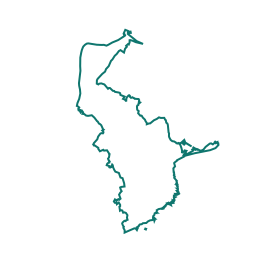 Tramore-Waterford City West Lea-6, Waterford, Ireland (Mercator projection), rotated 324°
{"feature_id": "5873133B15646893795596", "entity_name": "Tramore-Waterford City West Lea-6", "entity_type": "district", "adm_level": 2, "iso_a3": "IRL", "parent_name": "Ireland", "parent_adm1": "Waterford", "projection": "mercator", "projection_center": [-7.169, 52.204], "detail": "fine", "context": "isolated", "style": "outline", "palette": "teal", "viewbox_px": 256, "rotation_deg": 324, "n_neighbors": 0, "source": "geoboundaries", "source_scale": "gbopen_adm2", "svg_char_len": 5944}
<svg xmlns="http://www.w3.org/2000/svg" viewBox="0 0 256 256"><g transform="rotate(324 128 128)"><path d="M177.7,60.9L179.6,59.7L180.9,57.9L181.5,58.2L183.0,60.1L184.8,63.2L189.6,68.8L186.1,62.8L183.2,51.9L184.0,51.6L186.2,52.7L186.7,51.5L184.4,50.4L185.2,49.7L183.5,47.0L179.9,49.1L179.7,49.8L180.3,50.1L180.1,51.4L179.8,51.5L171.8,51.1L165.6,49.6L161.0,49.1L159.0,48.7L157.3,46.5L155.6,45.4L151.7,42.3L145.6,36.2L144.2,35.5L142.1,35.4L139.8,35.8L138.8,36.3L136.5,37.8L134.6,39.4L130.8,43.0L125.7,49.8L123.1,53.8L114.7,62.9L113.3,65.2L111.8,68.6L109.7,72.1L105.7,75.7L101.8,78.1L99.6,80.1L100.1,80.9L100.6,82.7L99.0,83.3L98.4,84.7L98.6,85.0L99.7,85.0L100.3,85.8L100.4,86.4L100.0,86.9L98.9,86.8L98.8,87.6L100.9,87.1L100.9,89.0L99.5,89.8L100.8,91.0L101.4,93.3L102.8,94.7L106.2,96.4L106.9,99.8L107.0,104.3L107.3,105.0L107.1,107.3L107.7,108.5L108.0,110.0L107.1,114.2L107.3,115.0L105.7,114.9L105.9,116.3L105.4,117.3L104.6,117.6L103.4,116.5L102.3,116.3L98.8,117.4L96.5,119.1L91.8,120.1L90.9,120.5L90.5,121.4L90.2,121.3L90.2,122.2L90.8,122.5L92.3,126.6L91.7,127.4L91.6,130.3L95.2,131.1L95.3,132.2L97.9,133.7L97.7,137.3L97.4,137.9L97.7,138.3L95.3,140.6L93.8,141.1L93.4,142.7L93.6,143.2L93.1,143.9L93.4,144.4L92.6,145.0L91.7,144.6L90.2,144.7L88.9,145.6L90.4,147.7L90.0,148.4L90.7,148.6L90.4,149.5L91.5,149.8L93.7,148.3L93.8,149.1L92.8,151.2L92.3,153.7L92.1,155.9L94.2,159.0L92.8,163.6L94.1,165.4L92.4,170.4L90.8,173.3L87.9,171.7L86.7,171.5L85.9,173.6L85.7,175.4L83.6,175.8L81.6,176.7L80.4,180.8L78.6,180.9L78.5,180.0L77.7,179.8L76.3,180.1L76.4,179.4L75.7,179.0L75.5,178.1L73.4,179.1L73.4,180.2L73.7,180.1L74.0,181.2L74.9,181.4L74.2,183.1L76.7,182.9L76.5,185.5L75.7,186.6L74.8,186.6L72.9,190.2L74.0,190.3L74.9,191.4L74.3,193.7L75.5,194.1L76.4,195.5L76.3,198.2L74.4,200.0L73.7,202.0L72.3,201.6L71.4,201.9L71.0,201.2L70.1,201.0L68.0,201.3L67.1,201.9L66.5,204.2L66.6,205.5L65.6,206.0L65.2,208.8L63.8,210.6L74.1,212.9L75.1,213.7L75.2,215.8L76.3,215.1L76.7,213.9L77.2,214.2L77.3,213.6L78.9,213.8L79.3,213.3L81.0,213.0L82.5,213.9L84.1,213.8L87.0,215.6L89.3,215.3L91.6,215.7L93.6,216.8L94.8,217.1L95.2,215.6L96.6,214.1L98.3,213.8L99.4,212.7L100.4,212.8L101.1,213.6L101.6,213.1L101.8,213.3L101.7,212.7L102.9,211.8L103.0,211.4L105.1,211.6L107.9,212.9L107.9,213.5L108.2,213.7L107.9,214.3L109.1,213.0L109.6,213.3L109.2,213.8L109.5,214.1L110.2,213.7L110.1,213.0L110.9,212.8L111.8,213.2L112.0,214.2L112.4,212.7L113.4,212.5L113.8,212.7L114.3,212.4L114.4,213.3L114.7,212.5L115.3,212.4L115.3,211.8L116.4,212.2L116.2,213.0L116.7,213.0L116.5,213.5L116.9,213.7L116.5,213.9L116.7,214.6L116.9,213.5L117.7,214.4L117.8,213.7L118.1,214.2L119.0,213.3L119.5,213.3L119.2,214.3L119.6,214.7L120.6,214.2L120.9,213.2L121.2,213.2L121.5,212.6L122.7,213.1L122.5,214.1L123.3,213.7L123.6,212.4L124.1,211.6L124.1,210.9L124.3,211.6L125.1,211.7L124.7,211.2L125.0,210.9L124.6,210.7L125.3,209.8L125.7,210.4L126.1,210.4L127.1,209.5L127.3,208.9L128.2,209.6L128.2,210.3L128.9,210.0L128.6,210.6L129.1,210.4L129.3,209.7L129.4,210.2L129.7,209.9L129.5,210.4L130.1,211.2L130.4,211.2L130.2,210.7L130.8,210.9L131.0,210.0L130.7,208.8L131.3,209.0L131.4,208.6L130.9,207.4L131.7,207.6L132.5,206.8L132.3,206.1L132.7,206.4L133.3,205.3L133.6,203.5L134.2,203.8L134.3,203.2L134.2,203.4L133.9,202.7L134.1,202.5L134.3,202.8L134.5,202.4L134.4,202.9L134.9,202.6L135.0,201.9L134.3,201.5L134.6,201.4L134.8,201.6L134.8,201.1L135.5,200.9L135.9,199.4L136.0,199.9L136.1,199.4L136.4,199.4L136.1,195.7L136.6,195.4L136.7,195.7L136.6,195.1L137.2,195.0L137.2,193.5L137.8,193.3L137.7,192.8L138.3,192.4L139.3,190.5L140.2,190.5L139.2,190.3L139.6,189.7L140.1,190.2L139.5,189.7L141.0,187.3L143.5,186.7L144.7,183.5L145.4,183.3L148.6,183.2L148.8,182.9L156.9,184.1L157.4,183.8L167.1,187.6L181.4,194.2L187.0,195.7L191.2,194.9L192.1,193.3L191.7,192.7L192.2,191.9L191.4,191.7L191.1,192.4L190.5,190.3L190.0,190.4L189.8,191.0L190.2,191.3L189.8,191.6L189.4,190.9L187.0,191.1L186.2,189.3L185.0,188.7L179.7,188.9L176.4,189.8L173.6,189.3L172.4,187.4L171.6,185.4L171.7,186.5L171.3,186.4L171.0,185.1L170.3,184.1L169.1,181.3L170.7,185.6L170.1,184.6L169.6,186.2L169.9,184.3L168.0,183.2L167.4,183.2L167.6,184.3L168.2,184.3L167.6,184.5L167.8,185.2L167.7,184.8L167.3,184.7L159.5,183.7L157.3,182.5L158.5,181.9L160.3,182.0L160.9,181.1L161.8,180.8L160.6,179.4L159.4,179.9L157.6,179.7L156.9,180.0L158.4,178.2L159.5,175.5L160.4,172.4L160.2,171.2L163.3,171.4L164.5,172.4L165.4,172.1L163.3,172.9L163.4,174.0L163.8,174.5L165.8,173.8L168.6,180.3L165.8,173.4L166.5,170.7L162.4,171.2L160.9,170.8L159.9,169.6L159.0,169.7L158.2,168.8L158.2,167.8L157.4,166.0L156.1,164.7L155.5,162.7L155.9,159.8L156.4,158.6L158.1,156.4L158.2,155.5L162.0,149.0L162.5,147.5L162.1,146.2L163.2,143.9L162.9,143.3L163.3,141.1L160.5,139.2L159.3,137.6L156.6,137.6L153.6,137.0L148.6,137.3L147.8,136.7L145.4,136.0L146.2,134.9L146.2,132.9L146.6,131.2L146.1,128.2L146.3,126.2L146.0,125.7L145.2,125.3L144.9,122.0L146.6,120.6L146.2,119.1L146.3,118.4L147.8,116.0L148.7,115.3L149.8,115.5L150.9,114.4L151.7,114.7L152.9,114.5L152.2,113.2L153.4,112.1L153.6,110.8L150.6,108.3L150.7,107.7L150.1,107.1L149.7,105.8L148.2,105.4L147.9,103.9L148.4,103.4L148.3,102.3L147.7,102.0L145.1,102.5L143.8,103.4L142.6,104.9L142.2,104.7L142.1,103.1L141.1,101.5L143.7,100.6L141.3,96.8L142.1,95.2L141.5,94.0L138.7,91.1L138.6,89.9L137.6,89.0L136.9,85.1L136.1,84.4L134.9,84.5L134.5,78.9L132.6,76.2L130.7,75.2L129.6,75.3L128.8,73.8L130.9,71.1L132.3,70.4L138.9,69.1L142.6,68.9L144.9,67.4L148.8,66.6L153.7,63.7L155.7,63.4L159.7,61.8L162.4,61.5L165.8,60.4L167.7,60.6L169.1,64.6L172.3,62.1L174.8,61.6L174.8,60.4L177.4,60.1L177.7,60.9ZM95.5,218.2L96.0,217.6L94.8,217.2L95.2,217.7L94.8,218.6L95.5,218.2ZM120.6,214.8L120.7,214.0L120.1,214.8L120.0,215.6L120.2,215.3L120.6,215.4L120.6,214.8ZM82.9,219.6L82.4,219.9L82.8,220.6L83.1,220.4L82.8,220.1L83.2,220.0L82.9,219.6ZM117.0,214.6L117.3,215.3L117.5,214.5L117.2,214.3L117.0,214.6ZM96.6,217.2L96.5,216.6L96.2,216.9L96.6,217.2Z" fill="none" stroke="#0f766e" stroke-width="2"/></g></svg>